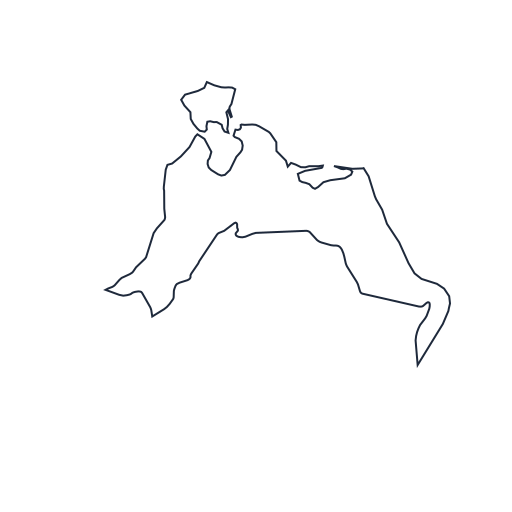 SVG path tracing the border of Médenine, rotated 330°
{"feature_id": "TUN-96", "entity_name": "Médenine", "entity_type": "Governorate", "adm_level": 1, "iso_a3": "TUN", "parent_name": "Tunisia", "parent_adm1": "", "projection": "equal_earth", "projection_center": [10.815, 33.079], "detail": "fine", "context": "isolated", "style": "outline", "palette": "slate", "viewbox_px": 512, "rotation_deg": 330, "n_neighbors": 0, "source": "natural_earth", "source_scale": "10m", "svg_char_len": 3430}
<svg xmlns="http://www.w3.org/2000/svg" viewBox="0 0 512 512"><g transform="rotate(330 256 256)"><path d="M397.0,397.6L395.1,399.8L383.8,408.3L341.5,431.2L352.0,408.9L354.7,405.3L357.5,402.4L360.4,400.0L363.6,397.8L371.3,394.6L373.8,393.2L379.6,388.4L381.0,386.8L382.1,385.1L382.5,384.2L382.7,383.4L382.4,382.5L381.7,382.0L380.3,381.9L375.7,382.8L374.5,382.7L373.3,382.2L371.8,381.2L329.2,341.7L328.7,340.8L328.4,340.0L328.4,339.1L328.5,338.3L330.1,331.6L330.3,328.9L329.6,310.5L329.8,308.6L330.1,307.1L332.1,300.8L333.0,297.4L333.5,293.7L333.5,292.2L333.4,291.5L333.1,290.0L332.7,289.2L332.3,288.5L331.4,287.6L330.3,286.8L328.4,285.7L326.3,284.1L319.5,277.1L318.2,275.5L317.3,273.8L316.8,272.6L314.6,262.6L314.5,262.1L314.1,261.4L313.7,260.8L313.0,260.0L312.1,259.3L267.4,235.9L263.9,235.0L256.5,234.0L253.6,233.0L252.1,232.0L250.5,230.7L249.9,229.9L249.4,229.1L249.1,228.4L249.1,227.6L249.3,226.9L249.8,226.2L253.0,225.0L253.4,224.3L253.7,223.6L253.7,222.8L253.9,222.0L255.1,219.8L255.5,219.1L255.6,218.3L255.5,217.6L255.0,216.9L253.5,216.7L241.0,218.3L235.3,217.5L233.9,217.6L232.6,218.1L204.3,232.1L202.2,233.6L191.1,238.9L189.6,240.0L188.6,241.7L187.8,242.3L186.7,242.7L184.7,242.7L176.5,240.9L173.5,240.7L172.5,241.0L171.4,241.6L169.4,243.2L168.3,244.2L167.4,245.2L164.1,250.5L163.5,251.2L162.8,251.8L157.3,254.3L153.3,255.6L149.8,256.1L135.9,256.5L138.2,250.6L138.6,249.0L138.8,247.4L138.9,231.2L138.8,230.5L138.6,229.7L137.8,228.8L136.4,227.8L133.3,226.6L131.6,226.2L130.3,226.1L128.9,226.3L127.4,226.2L124.6,225.4L121.2,224.0L118.1,221.2L108.8,210.1L111.7,210.2L116.0,210.9L117.5,210.9L119.0,210.7L125.8,208.4L128.7,207.8L137.6,208.6L140.3,208.5L141.7,208.1L146.5,205.8L158.4,202.9L160.2,202.1L178.8,185.0L184.0,182.5L194.7,179.0L195.6,178.3L196.7,177.0L200.2,169.2L209.1,153.5L209.7,151.7L210.9,149.8L221.0,136.1L224.4,133.2L224.9,132.8L229.6,134.0L240.7,132.2L252.9,128.4L263.1,122.2L266.1,121.3L269.9,128.8L269.4,143.5L264.7,148.0L262.1,149.2L260.1,152.1L259.3,155.7L260.2,159.1L264.0,166.3L266.2,169.0L269.6,170.2L276.4,168.5L288.6,160.3L294.4,158.4L297.1,157.0L299.7,153.7L300.9,149.6L299.9,146.0L297.1,142.4L296.7,140.6L301.4,136.3L303.3,137.8L305.4,138.2L307.1,137.3L308.2,134.9L309.2,134.9L311.8,136.8L318.6,140.3L321.4,142.3L323.6,145.3L329.1,154.9L329.7,156.9L330.5,167.6L326.2,175.3L329.6,188.4L328.2,194.5L332.9,192.9L336.1,196.7L339.3,201.5L343.0,203.8L346.9,204.8L355.1,209.5L359.1,211.1L358.1,212.1L357.6,212.4L356.9,212.5L341.1,206.8L333.3,205.8L331.4,212.5L333.0,215.1L335.6,217.5L338.1,220.5L339.2,225.2L340.7,227.3L344.3,227.3L351.3,225.8L358.2,227.5L371.8,233.1L379.0,233.1L381.6,231.1L380.7,228.2L378.0,225.6L375.1,224.5L373.2,223.1L371.0,220.0L368.5,217.1L383.1,228.7L392.0,233.4L393.1,233.7L393.4,243.3L388.8,263.7L388.4,267.0L388.4,279.0L385.5,293.6L386.8,315.8L384.5,338.5L384.6,350.3L387.9,358.6L398.8,370.6L402.6,378.3L403.2,387.4L400.3,394.1L397.0,397.6ZM310.3,92.5L313.4,94.6L316.7,96.3L319.5,98.2L321.4,101.2L310.7,112.1L308.0,113.5L307.0,114.5L306.3,116.2L304.7,123.2L303.7,123.2L304.2,117.6L304.7,115.8L302.2,116.7L300.2,123.5L297.3,128.3L294.6,131.6L293.7,135.5L291.0,132.5L290.9,128.7L291.9,125.2L289.0,120.4L286.3,118.9L283.7,116.4L281.0,115.4L278.0,118.8L276.6,121.9L273.7,122.7L269.9,119.4L268.9,116.2L267.9,110.3L268.0,104.7L271.1,98.7L269.2,89.9L269.3,83.3L275.2,80.8L288.3,84.0L295.3,84.5L300.4,80.8L305.2,87.3L310.3,92.5Z" fill="none" stroke="#1e293b" stroke-width="2"/></g></svg>